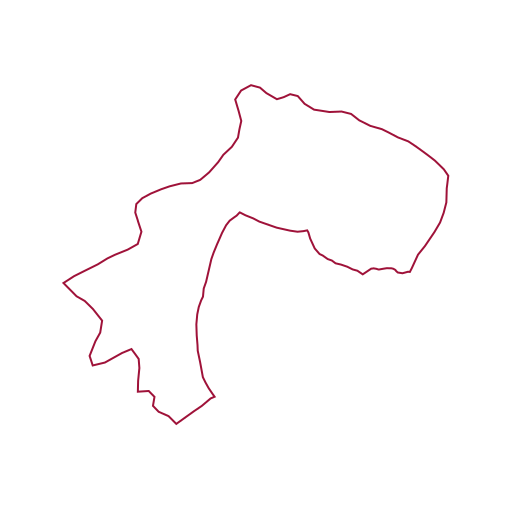 outline of Ndokwa West, Delta, Nigeria, rotated 222°
{"feature_id": "59680162B28606864431003", "entity_name": "Ndokwa West", "entity_type": "district", "adm_level": 2, "iso_a3": "NGA", "parent_name": "Nigeria", "parent_adm1": "Delta", "projection": "natural_earth1", "projection_center": [6.332, 5.825], "detail": "fine", "context": "isolated", "style": "outline", "palette": "rose", "viewbox_px": 512, "rotation_deg": 222, "n_neighbors": 0, "source": "geoboundaries", "source_scale": "gbopen_adm2", "svg_char_len": 2081}
<svg xmlns="http://www.w3.org/2000/svg" viewBox="0 0 512 512"><g transform="rotate(222 256 256)"><path d="M166.8,444.3L174.4,446.1L186.9,446.6L196.1,445.9L209.7,444.5L219.5,443.1L229.9,439.1L240.2,436.5L247.3,434.5L258.1,429.2L270.1,425.9L280.4,425.2L289.1,420.6L297.8,412.1L303.5,408.4L310.8,403.6L321.7,401.6L332.0,402.8L338.9,399.1L341.6,392.8L342.4,391.4L345.4,386.5L357.3,384.0L365.7,383.8L374.0,379.6L377.8,369.0L376.2,358.4L365.9,352.1L357.3,346.5L354.7,341.9L353.0,338.9L348.6,331.9L347.0,321.0L348.0,309.4L346.9,300.4L346.8,286.9L347.6,280.9L348.4,275.3L352.2,267.5L360.3,259.7L366.8,250.0L371.1,242.2L376.0,231.9L379.2,222.9L379.7,214.5L374.8,207.5L367.4,203.2L367.2,203.0L357.4,197.4L351.9,185.8L355.6,174.9L361.6,162.6L363.2,158.7L364.8,154.8L368.0,143.9L373.4,130.3L377.7,119.3L381.0,107.1L362.4,106.0L353.2,108.0L341.8,107.5L327.1,105.0L320.5,94.8L318.3,85.2L312.8,70.4L307.9,67.6L304.1,65.4L297.0,75.7L290.6,94.4L286.3,103.5L280.3,102.3L274.3,101.0L267.7,94.7L260.1,84.4L253.0,76.1L245.4,83.9L237.2,83.4L232.3,75.7L224.1,75.1L213.8,78.5L202.9,77.9L198.1,99.8L196.0,108.2L194.4,119.8L192.6,123.7L196.6,124.6L202.7,126.1L208.9,128.2L214.4,130.4L226.6,139.8L235.9,146.6L239.8,150.6L246.9,157.3L254.6,165.3L260.6,173.3L264.4,179.8L267.1,186.4L268.2,190.3L273.1,196.9L274.1,199.3L275.8,203.4L287.1,223.8L289.8,230.3L291.9,236.2L292.7,238.4L294.1,242.7L296.7,250.5L298.8,258.9L299.2,264.7L298.0,270.5L297.4,273.0L297.3,277.5L297.1,277.6L291.1,279.2L283.2,282.1L276.5,283.8L259.6,290.9L247.7,297.6L242.0,301.4L241.4,301.8L237.4,306.2L235.1,309.3L232.9,308.6L227.4,305.2L217.4,300.9L210.1,300.0L206.8,301.0L200.7,301.7L196.6,303.4L192.0,303.8L187.1,306.5L181.0,309.1L175.2,310.7L170.8,312.9L164.4,313.8L161.9,323.7L160.8,324.9L160.5,325.4L158.0,327.0L156.2,327.8L155.6,328.2L152.8,331.8L150.7,334.4L147.1,337.5L145.4,338.4L143.1,338.9L141.8,338.6L139.6,338.6L135.6,341.2L132.5,346.0L131.0,347.1L132.1,351.3L136.5,365.4L137.1,376.4L139.4,393.1L141.6,404.0L145.4,413.6L150.4,423.2L159.6,434.0L161.8,437.2L166.8,444.3Z" fill="none" stroke="#9f1239" stroke-width="2"/></g></svg>